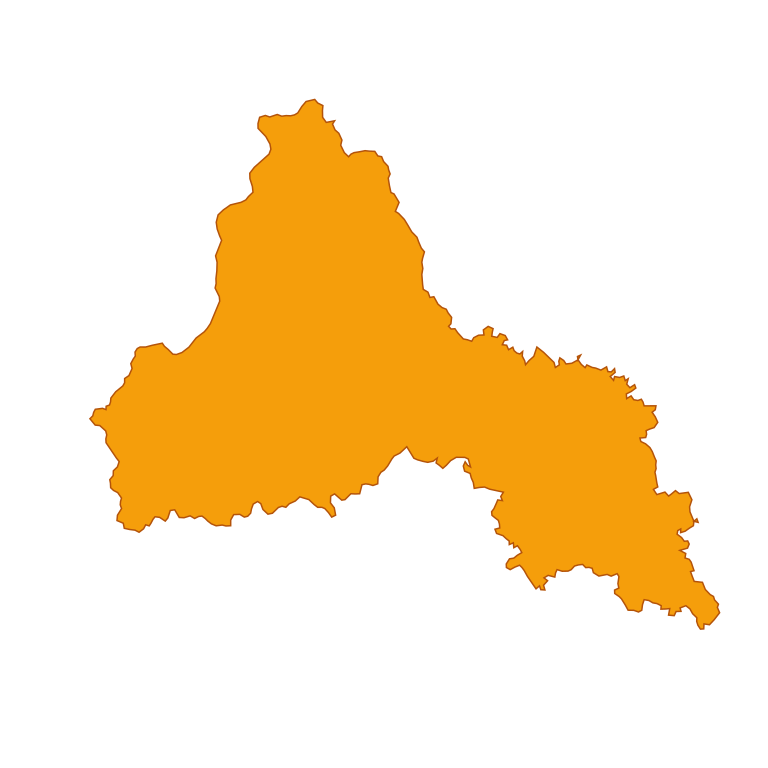 outline of Alvorada do Norte, Goiás, Brazil, rotated 171°
{"feature_id": "56859067B77033766628093", "entity_name": "Alvorada do Norte", "entity_type": "district", "adm_level": 2, "iso_a3": "BRA", "parent_name": "Brazil", "parent_adm1": "Goiás", "projection": "albers", "projection_center": [-46.67, -14.571], "detail": "fine", "context": "isolated", "style": "filled", "palette": "amber", "viewbox_px": 768, "rotation_deg": 171, "n_neighbors": 0, "source": "geoboundaries", "source_scale": "gbopen_adm2", "svg_char_len": 6153}
<svg xmlns="http://www.w3.org/2000/svg" viewBox="0 0 768 768"><g transform="rotate(171 384 384)"><path d="M530.3,536.9L529.8,530.4L531.4,521.9L533.5,514.3L534.1,509.4L535.8,505.2L533.0,496.1L533.3,491.5L546.0,470.8L549.9,466.6L553.3,463.7L562.4,458.8L570.9,450.9L578.6,446.7L584.4,445.6L587.9,446.5L591.7,451.8L595.0,455.6L596.6,459.0L606.8,458.5L613.7,457.8L619.1,458.7L622.2,457.6L624.9,454.5L625.3,450.4L627.6,448.1L630.9,443.7L630.4,438.7L634.6,432.2L639.3,430.0L640.0,425.8L642.3,422.9L650.2,418.3L656.0,412.8L656.9,409.1L658.4,406.2L661.9,405.5L662.6,402.2L665.8,404.0L673.1,404.2L675.2,401.4L676.6,398.1L679.9,395.7L675.7,388.6L671.2,387.4L666.2,381.2L665.8,377.1L667.3,373.3L667.7,369.5L659.9,352.8L657.7,348.8L660.3,343.8L664.9,340.6L665.8,335.9L669.8,332.4L669.7,328.9L670.2,324.3L667.8,321.2L664.0,318.4L661.1,312.4L662.6,309.2L663.4,305.9L662.7,302.0L667.8,296.1L669.1,290.9L663.3,287.3L663.1,282.1L658.0,280.1L652.8,278.6L649.1,275.9L644.1,278.6L641.4,282.2L638.1,280.6L635.9,283.0L633.4,286.4L630.9,288.7L626.5,287.4L621.5,282.8L618.5,285.4L614.9,292.5L610.4,292.5L607.1,284.2L602.4,283.2L596.1,284.1L592.1,280.8L587.7,282.2L584.4,282.0L581.6,279.1L579.5,276.2L576.4,272.9L572.0,270.2L565.9,270.0L562.3,268.5L557.6,268.0L556.7,273.6L552.9,278.5L546.8,277.8L542.8,274.4L539.3,274.7L535.9,277.3L534.4,281.4L531.9,285.9L527.2,287.7L524.4,285.1L523.2,279.0L519.0,273.6L514.4,273.8L507.6,278.6L503.8,279.2L500.2,277.6L496.4,280.5L489.9,282.3L484.8,285.7L476.3,281.6L471.9,275.9L468.8,272.6L464.6,271.9L461.9,270.2L458.9,265.6L456.5,260.7L452.3,262.0L452.5,269.5L455.5,275.0L454.2,281.6L450.0,283.2L443.9,275.9L440.6,275.9L433.9,280.8L429.6,279.9L425.2,279.4L421.5,288.0L417.7,288.2L414.6,287.3L410.8,285.5L405.8,286.4L404.4,293.2L400.9,297.3L397.2,299.0L393.2,302.5L387.9,308.8L385.2,311.3L379.0,313.3L371.3,318.5L366.1,306.0L362.8,303.9L357.6,301.5L353.1,299.8L347.5,300.1L343.0,302.5L344.9,297.9L342.1,295.1L339.1,291.5L335.1,294.0L330.2,297.9L324.1,300.3L315.7,298.9L312.5,296.8L311.5,288.5L314.1,290.6L316.0,294.5L318.5,290.6L318.0,285.3L312.9,282.2L312.5,277.7L311.2,272.8L311.2,266.8L306.0,266.9L300.8,266.5L296.1,263.6L283.0,258.5L286.3,254.6L285.3,250.3L289.8,251.7L291.9,248.3L294.9,243.7L297.7,241.0L297.9,237.4L295.7,234.9L292.4,231.4L291.9,227.8L292.2,223.7L297.1,223.2L296.2,218.8L290.2,215.6L287.5,212.1L284.9,209.3L285.4,205.8L281.1,206.9L281.4,202.0L277.5,203.4L275.3,199.1L274.3,195.9L279.1,194.0L283.1,191.7L287.4,191.7L291.4,187.1L291.8,183.6L288.4,180.9L283.3,182.7L278.4,183.8L276.4,181.1L274.7,177.8L272.4,171.5L265.9,157.9L262.0,160.3L261.3,156.3L257.3,155.4L257.9,160.3L253.2,164.1L256.3,167.5L251.8,169.3L245.5,166.6L244.1,170.6L242.1,173.6L237.3,171.2L231.5,170.4L228.2,171.3L224.3,174.4L220.3,174.9L216.0,174.7L213.5,171.1L210.2,170.8L207.2,169.4L206.7,164.9L201.8,160.7L193.4,161.0L189.7,158.7L183.4,160.2L182.1,157.1L184.2,150.2L184.0,145.7L188.5,144.4L188.9,141.0L184.9,137.2L183.0,134.5L180.2,127.8L178.3,122.4L172.7,121.4L168.3,119.0L164.8,120.2L163.2,125.6L160.8,130.3L156.2,128.7L152.7,125.8L148.7,124.4L144.9,121.7L145.7,118.3L140.8,117.7L136.9,117.5L139.1,111.2L133.6,109.8L131.1,113.6L126.2,113.0L126.6,116.5L120.5,117.8L117.0,114.0L115.1,108.8L111.6,104.2L112.3,100.6L111.7,96.6L109.8,92.4L106.5,92.1L105.5,97.0L100.2,95.3L94.8,99.5L88.3,105.6L89.7,111.2L88.1,114.2L91.3,119.1L91.8,122.6L94.8,125.0L98.8,130.8L100.5,138.3L108.5,140.5L109.8,146.6L110.6,150.8L107.0,151.1L108.5,160.0L110.0,163.1L113.9,165.1L112.5,169.4L117.9,173.4L109.9,174.4L107.6,178.2L108.6,181.5L112.0,181.7L114.1,185.8L118.0,189.8L116.8,193.3L113.6,194.4L114.3,190.8L109.6,191.5L104.6,194.0L100.6,195.6L99.4,199.9L101.8,209.9L101.4,214.9L98.0,221.5L100.4,229.4L109.6,229.6L112.8,233.1L117.5,230.3L120.4,228.8L123.4,233.3L131.8,232.1L134.4,237.8L129.7,239.5L130.0,243.3L130.0,251.1L130.2,254.5L128.5,257.8L128.3,261.6L127.2,265.5L128.2,269.1L129.6,275.3L131.3,279.6L135.0,284.0L139.3,287.0L139.7,290.6L133.9,290.2L132.5,293.2L132.4,296.9L128.7,297.9L124.0,298.7L119.6,303.3L121.2,309.1L123.6,314.2L120.1,316.1L118.8,319.9L130.5,321.7L131.0,325.6L132.2,328.7L135.8,328.0L139.8,329.4L141.8,333.6L146.6,331.6L146.2,336.3L141.1,337.9L135.9,340.6L136.6,344.1L141.7,341.9L144.3,345.8L142.0,351.0L145.2,349.6L145.9,354.4L150.3,353.6L155.1,355.3L156.7,351.7L159.4,356.0L153.9,359.3L153.9,363.1L157.6,360.4L160.9,361.2L161.5,366.1L167.6,363.8L172.4,366.6L175.8,367.8L180.7,371.1L182.8,368.7L186.0,372.4L188.6,377.5L195.2,375.1L201.1,375.3L202.8,379.1L206.2,382.3L207.8,379.1L207.8,375.5L212.2,373.5L212.7,378.7L221.4,390.3L227.2,396.6L231.7,387.9L237.0,384.5L241.2,380.9L241.4,384.8L243.1,389.9L242.0,394.4L245.1,392.4L248.0,393.8L250.3,396.6L251.0,400.2L255.6,398.4L256.8,403.1L261.0,404.3L258.4,408.1L255.0,408.3L256.7,412.9L261.6,415.6L264.9,412.3L270.1,414.3L268.9,418.3L267.6,421.6L272.1,424.6L277.4,421.9L277.6,416.8L283.0,417.4L288.1,415.7L290.7,412.5L294.8,414.7L298.6,416.1L303.3,423.3L305.3,427.5L309.1,427.8L311.2,430.9L308.5,433.0L306.8,439.2L309.6,444.3L310.8,448.1L314.7,450.4L318.2,454.4L321.1,462.4L325.1,462.3L326.2,467.8L330.4,471.3L330.3,476.1L329.5,486.3L327.6,492.0L327.6,498.3L326.2,502.2L323.4,508.2L325.9,512.4L327.5,518.7L328.5,523.8L332.8,529.9L336.0,538.1L338.2,543.4L342.9,550.2L345.8,552.7L340.7,561.0L344.4,570.2L347.2,572.0L347.6,579.0L347.6,586.7L345.1,590.5L345.9,594.8L346.0,598.4L349.6,603.8L350.8,608.9L354.4,610.2L356.7,615.2L362.1,616.3L366.2,617.4L372.2,617.2L377.4,617.2L380.7,616.2L383.4,614.0L387.0,618.7L389.4,626.6L387.4,631.5L389.4,638.7L392.6,642.6L394.2,648.8L391.6,651.7L400.1,651.4L402.9,657.0L402.0,663.7L400.8,668.5L405.5,671.9L407.9,675.9L416.8,675.2L421.8,670.9L426.8,665.2L430.3,663.8L434.3,663.5L438.7,664.4L443.1,664.5L447.3,666.9L455.1,665.6L459.2,667.8L465.1,666.9L467.7,661.0L468.4,656.2L462.0,646.9L459.1,638.9L459.0,633.6L461.6,629.0L478.2,618.3L483.6,613.2L484.3,607.7L483.1,599.7L483.4,593.9L488.5,590.4L491.7,587.4L496.8,585.8L507.7,584.9L515.4,581.1L521.4,577.0L524.4,570.0L524.5,563.2L523.2,556.2L521.9,551.3L530.3,536.9ZM99.4,199.9L95.4,198.2L96.1,201.9L99.4,199.9ZM188.6,377.5L185.3,381.8L188.6,380.9L188.6,377.5Z" fill="#f59e0b" stroke="#b45309" stroke-width="1.5"/></g></svg>